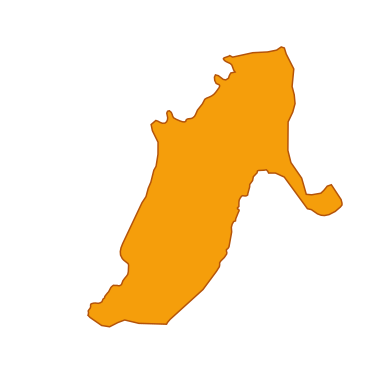 map outline of Ilam (Equal Earth projection), rotated 71°
{"feature_id": "IRN-3221", "entity_name": "Ilam", "entity_type": "Province", "adm_level": 1, "iso_a3": "IRN", "parent_name": "Iran", "parent_adm1": "", "projection": "equal_earth", "projection_center": [46.793, 33.074], "detail": "fine", "context": "isolated", "style": "filled", "palette": "amber", "viewbox_px": 384, "rotation_deg": 71, "n_neighbors": 0, "source": "natural_earth", "source_scale": "10m", "svg_char_len": 2675}
<svg xmlns="http://www.w3.org/2000/svg" viewBox="0 0 384 384"><g transform="rotate(71 192 192)"><path d="M76.3,119.0L75.6,118.0L75.6,113.0L75.3,111.9L77.7,109.7L80.1,89.1L84.2,74.9L85.4,65.8L83.9,60.4L85.9,57.8L92.2,58.0L108.8,55.7L124.8,63.0L133.4,63.7L142.0,65.8L149.2,70.7L157.0,78.3L183.9,87.8L196.4,88.9L214.6,83.8L231.4,84.7L233.6,79.8L235.1,70.6L233.5,67.0L230.5,62.2L230.5,57.9L247.7,53.5L251.3,53.8L253.1,54.4L254.5,56.6L257.0,62.9L258.0,69.8L257.4,74.4L256.0,77.5L253.5,80.5L247.5,84.9L245.4,88.3L207.9,99.9L201.3,106.9L199.0,113.4L197.1,113.6L195.2,114.5L194.9,116.6L193.3,122.1L193.4,123.2L195.1,124.3L197.5,129.0L200.9,131.0L203.7,135.0L205.9,135.8L211.8,139.8L212.9,140.3L213.3,141.6L213.1,143.0L211.9,145.5L212.2,146.7L213.6,148.6L215.0,150.0L217.0,151.0L221.0,152.4L221.2,152.8L221.4,153.4L221.7,154.1L222.5,154.4L223.1,154.3L223.6,153.6L224.3,153.4L225.1,153.6L225.7,154.2L226.3,154.8L231.6,159.4L233.5,160.3L233.5,162.2L235.4,164.4L238.2,166.3L242.7,167.5L255.9,174.9L257.1,176.4L257.7,178.2L259.1,178.7L260.7,178.8L261.9,179.4L264.4,182.7L266.6,187.2L267.9,188.9L270.0,189.6L271.6,190.5L275.1,194.9L287.8,213.4L305.3,254.2L307.4,257.7L308.7,259.1L298.9,285.0L291.1,297.3L291.3,304.6L292.6,313.8L288.8,320.9L277.5,329.2L274.6,330.5L274.4,330.1L272.3,329.1L270.7,328.9L269.7,327.7L268.8,326.2L267.5,325.2L265.8,324.7L265.0,324.0L264.9,322.9L265.1,320.9L265.6,319.3L266.2,318.1L266.8,316.7L266.9,314.7L266.4,312.8L264.3,311.0L263.7,309.2L262.6,308.6L261.9,307.8L260.0,304.8L259.6,304.0L259.1,303.2L255.9,299.8L255.4,298.9L254.7,297.0L254.7,296.3L255.1,295.7L256.0,293.1L256.6,292.3L257.0,291.3L256.9,289.7L256.3,288.6L253.4,286.2L251.6,283.6L250.3,281.4L249.0,279.6L246.7,278.2L240.6,275.8L239.0,275.7L234.1,278.8L232.2,279.6L228.4,280.1L225.0,279.2L221.7,277.3L218.3,274.4L185.8,242.7L181.4,237.0L174.3,232.2L169.4,227.8L169.0,227.5L159.0,221.0L156.0,217.6L145.3,211.9L133.9,207.9L121.2,209.5L114.9,208.7L112.6,202.9L113.9,201.2L115.7,199.6L117.3,197.7L118.1,195.3L117.4,193.3L115.9,191.8L113.9,190.8L109.2,190.2L107.7,188.8L107.8,187.0L110.0,185.7L112.3,185.5L114.1,185.6L115.9,185.2L118.1,183.3L121.0,180.1L122.5,178.1L123.3,176.3L123.2,175.0L122.0,174.1L121.5,172.8L121.6,171.6L122.2,168.9L122.2,167.4L121.3,165.0L119.8,163.3L116.4,160.2L112.1,153.5L108.5,149.7L108.0,147.6L107.9,145.2L107.6,142.3L106.8,139.6L105.5,137.2L102.0,132.2L101.6,131.9L101.3,131.7L100.9,131.4L100.2,131.2L99.7,131.3L99.2,131.7L97.2,133.8L93.9,134.2L90.7,133.4L88.9,131.7L90.6,129.2L95.7,125.8L97.0,123.6L96.3,120.5L94.0,118.7L92.1,116.6L92.6,112.2L90.2,112.9L85.0,113.0L83.1,113.9L79.9,117.2L78.2,118.5L76.3,119.0Z" fill="#f59e0b" stroke="#b45309" stroke-width="1.5"/></g></svg>